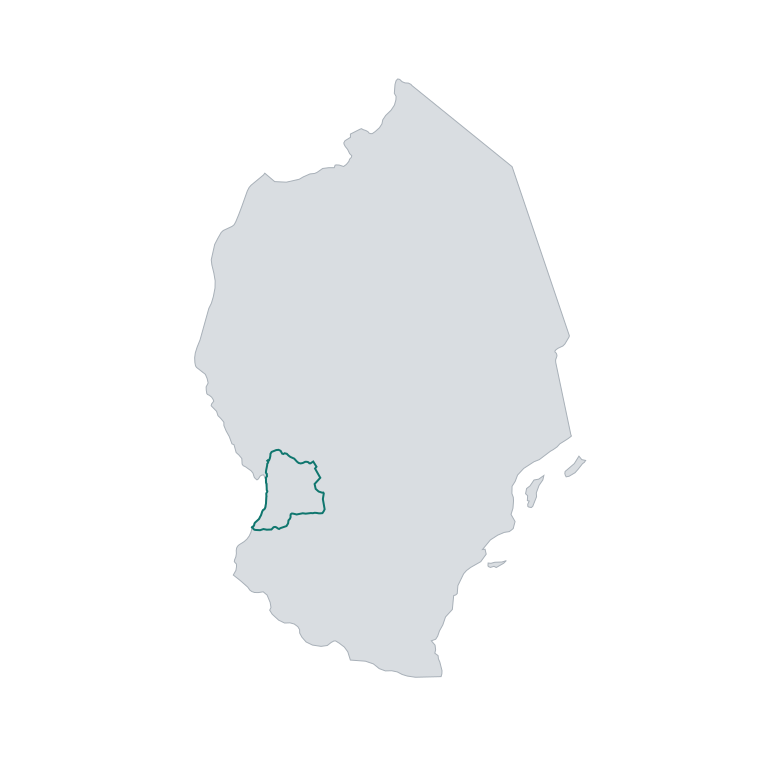 Njombe highlighted on a map of United Republic of Tanzania, rotated 39°
{"feature_id": "TZA-5587", "entity_name": "Njombe", "entity_type": "Region", "adm_level": 1, "iso_a3": "TZA", "parent_name": "United Republic of Tanzania", "parent_adm1": "", "projection": "robinson", "projection_center": [34.628, -9.571], "detail": "fine", "context": "in_parent", "style": "outline", "palette": "teal", "viewbox_px": 768, "rotation_deg": 39, "n_neighbors": 0, "source": "natural_earth", "source_scale": "10m", "svg_char_len": 5306}
<svg xmlns="http://www.w3.org/2000/svg" viewBox="0 0 768 768"><g transform="rotate(39 384 384)"><path d="M303.5,526.2L296.8,522.2L290.8,519.8L285.8,517.1L283.6,514.5L278.9,513.5L274.9,513.1L271.1,510.6L263.4,509.7L262.6,508.1L262.5,504.5L261.1,503.6L258.3,502.7L255.3,502.7L253.5,503.2L252.4,503.0L249.9,500.8L247.6,498.2L246.7,493.9L243.2,491.1L239.1,488.9L227.9,489.1L226.1,488.5L223.5,486.3L220.3,482.7L217.8,478.6L215.6,473.0L213.3,465.5L200.3,435.5L199.0,429.8L196.4,423.5L192.3,415.8L187.9,410.1L182.0,404.9L175.2,399.7L171.6,396.2L164.6,382.1L163.2,375.4L162.1,368.6L162.5,365.8L166.8,357.0L167.3,354.5L166.7,351.2L164.6,344.1L161.8,335.6L156.3,320.0L155.5,316.1L155.6,313.2L158.8,297.4L158.7,295.2L171.7,295.5L181.1,288.6L189.3,278.2L190.9,273.9L194.3,267.3L197.6,264.0L198.8,261.7L200.7,255.1L205.0,250.6L209.2,247.2L208.3,244.7L209.0,243.8L211.3,242.1L215.7,240.4L216.6,237.0L216.6,233.1L215.8,230.9L216.0,228.4L215.3,226.9L212.4,226.6L208.1,224.6L204.4,223.8L201.9,222.7L201.0,221.8L200.6,219.4L202.7,213.4L200.6,210.9L205.1,200.9L205.9,199.7L207.6,199.5L210.2,198.5L212.6,198.0L214.5,198.4L216.0,197.9L217.3,196.8L218.3,193.4L219.2,187.7L218.7,183.1L216.8,179.5L216.3,174.1L217.2,166.8L216.6,160.7L214.5,155.8L212.4,152.9L209.1,151.6L204.0,144.2L202.5,140.6L202.7,138.3L204.5,137.4L207.7,137.7L210.8,136.8L213.6,134.8L216.4,134.2L217.9,134.5L346.8,134.5L497.6,229.8L498.2,230.9L499.4,239.1L499.1,241.9L496.8,246.6L496.1,249.1L496.1,250.8L496.7,251.5L498.6,251.7L500.3,252.8L500.9,253.7L502.2,257.3L503.8,259.1L561.1,305.8L562.4,306.5L561.5,310.4L558.3,319.9L558.1,323.9L556.8,328.5L555.6,331.6L552.3,345.0L549.5,350.0L545.7,361.7L545.1,370.7L547.2,377.0L547.9,382.9L552.3,388.6L555.8,390.7L558.2,393.3L562.4,399.4L564.8,405.4L572.4,408.4L575.4,415.1L574.3,419.8L570.8,423.7L567.5,429.9L564.8,438.2L564.7,450.7L566.5,448.8L570.5,451.9L571.0,461.2L566.8,471.9L565.5,477.0L565.3,481.3L568.3,494.2L572.8,500.8L572.5,502.8L571.3,504.6L579.0,516.2L578.4,526.3L581.3,534.2L582.5,541.0L584.4,546.2L584.8,549.8L582.4,553.8L588.0,554.8L591.4,558.1L592.9,561.2L597.0,561.1L599.2,563.3L602.4,565.0L609.5,570.3L611.4,572.9L612.5,575.5L593.0,592.1L585.9,596.3L580.9,598.3L575.5,599.4L570.4,602.0L565.6,606.1L559.4,608.2L551.9,608.2L544.0,611.1L531.6,619.7L524.4,614.9L518.7,613.4L512.2,613.6L508.2,614.1L506.8,615.2L505.6,618.1L504.5,622.9L500.2,627.5L492.7,631.9L485.8,633.5L479.5,632.4L475.2,630.6L473.0,628.0L469.7,626.8L465.3,627.0L461.2,628.8L457.2,632.3L450.9,633.8L442.1,633.3L437.5,631.7L436.8,628.8L433.0,625.4L426.0,621.6L420.9,621.5L417.6,625.2L414.6,627.5L411.8,628.5L409.4,628.6L405.9,627.6L396.2,627.2L387.1,627.3L386.2,622.0L384.3,618.7L382.6,616.8L379.5,616.3L378.6,614.8L377.6,611.5L376.0,608.7L373.9,606.3L372.7,604.2L372.3,602.2L372.6,600.0L374.5,594.5L375.1,590.7L374.9,586.9L373.9,583.0L371.7,578.3L372.0,576.9L371.2,573.7L371.1,571.5L371.6,568.7L371.2,565.0L369.3,557.2L369.3,555.2L367.3,551.4L361.2,542.5L361.0,541.3L351.4,532.3L347.6,530.3L346.2,532.0L345.7,533.6L346.1,536.5L345.9,537.9L345.5,538.5L343.2,538.4L341.8,538.1L338.2,535.7L335.4,535.1L328.4,535.5L326.0,536.1L324.1,535.5L320.4,531.4L316.0,530.5L312.2,530.3L305.7,525.6L303.5,526.2ZM573.5,375.6L576.6,385.5L576.2,387.3L574.0,388.5L572.8,388.6L571.4,387.0L570.5,383.6L568.8,384.4L565.9,380.4L563.1,380.2L560.6,375.5L561.6,371.3L561.0,364.2L564.1,360.6L565.8,354.5L567.8,358.6L568.3,365.2L570.9,372.8L573.5,375.6ZM588.8,316.5L589.0,318.8L588.4,321.0L588.5,328.1L588.3,332.7L585.9,339.2L584.0,341.5L582.3,340.8L580.9,339.8L579.8,338.0L582.0,326.1L580.9,317.4L585.3,318.3L588.8,316.5ZM582.1,459.6L579.9,460.2L579.0,459.6L577.6,457.6L580.0,456.0L582.3,452.8L587.7,448.1L590.2,444.3L589.8,448.0L586.7,456.0L584.2,456.5L582.1,459.6Z" fill="#d9dde1" stroke="#a8b0b8" stroke-width="1"/><path d="M371.6,578.6L371.5,578.3L371.6,577.7L372.0,576.7L372.1,576.3L371.9,575.4L371.1,573.9L371.0,572.9L371.8,567.8L371.8,567.3L371.7,566.8L371.4,565.7L371.0,563.3L369.6,559.8L369.3,558.2L369.4,557.8L369.8,556.9L369.8,556.3L369.8,555.8L369.3,554.2L368.1,552.3L367.6,551.3L363.5,545.6L363.5,545.4L362.7,544.6L361.6,543.4L361.4,543.1L361.2,542.2L361.1,541.3L360.8,540.7L359.6,540.2L355.6,535.5L354.4,534.9L353.7,534.0L353.4,533.8L352.0,531.9L351.5,531.6L351.1,531.0L351.2,529.5L349.5,527.6L348.7,527.5L347.9,527.1L346.7,525.2L344.4,520.8L343.5,519.5L343.4,518.0L343.0,517.4L341.6,517.1L341.8,516.1L342.7,515.6L342.0,513.5L341.0,511.5L339.7,509.7L339.4,507.5L341.8,503.2L343.5,501.5L345.7,501.0L348.7,502.2L349.9,501.7L350.3,500.4L352.4,499.4L354.8,499.7L357.1,499.6L361.2,498.5L365.1,499.1L367.3,499.1L369.2,498.2L370.6,496.5L371.7,494.1L373.0,493.0L374.5,492.4L375.9,492.6L376.8,491.9L377.8,488.8L383.6,490.8L383.6,493.1L393.5,497.0L393.0,505.4L396.9,508.5L400.8,508.7L403.8,507.6L404.5,507.2L405.2,506.6L406.1,507.0L408.9,511.9L416.7,518.7L417.2,520.8L417.4,523.1L416.1,524.4L414.6,525.6L412.8,526.6L411.2,527.7L410.0,529.2L408.4,530.3L404.8,534.0L402.2,535.6L398.2,540.4L395.2,541.8L393.9,542.6L393.5,543.9L394.2,545.2L395.1,546.1L395.7,547.8L395.6,550.1L397.2,552.7L397.6,555.8L394.2,561.2L393.7,562.7L392.2,563.1L390.7,563.1L389.3,563.6L388.3,564.8L388.1,567.9L384.6,571.0L381.6,572.6L379.7,575.6L376.1,578.2L375.0,578.8L373.7,578.8L373.2,578.5L372.7,578.4L371.7,578.6L371.6,578.6Z" fill="none" stroke="#0f766e" stroke-width="2"/></g></svg>